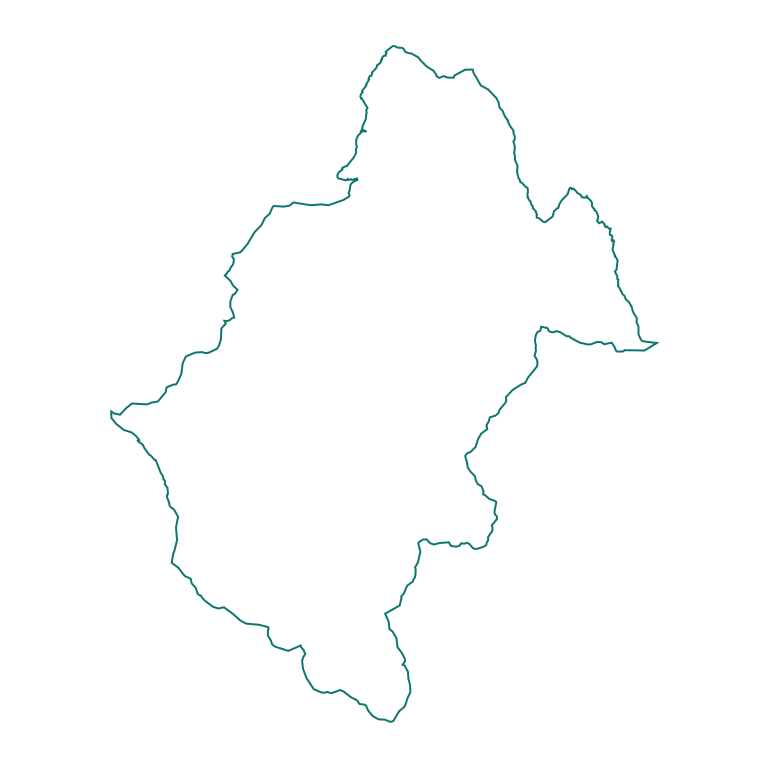 outline of Tulghes, Harghita, Romania
{"feature_id": "2599482B18577768753782", "entity_name": "Tulghes", "entity_type": "district", "adm_level": 2, "iso_a3": "ROU", "parent_name": "Romania", "parent_adm1": "Harghita", "projection": "mercator", "projection_center": [25.75, 46.909], "detail": "fine", "context": "isolated", "style": "outline", "palette": "teal", "viewbox_px": 768, "rotation_deg": 0, "n_neighbors": 0, "source": "geoboundaries", "source_scale": "gbopen_adm2", "svg_char_len": 6073}
<svg xmlns="http://www.w3.org/2000/svg" viewBox="0 0 768 768"><path d="M484.0,546.6L486.3,544.9L486.7,542.6L488.1,540.4L488.1,536.9L492.3,531.0L492.5,527.5L491.7,525.4L496.9,519.1L497.0,516.8L494.7,513.9L494.5,511.5L496.3,502.1L494.9,500.9L489.4,499.0L484.8,494.9L483.1,494.4L483.5,491.0L481.4,486.2L477.7,484.1L475.8,480.4L474.8,476.0L470.2,471.4L467.6,466.9L467.1,462.8L465.2,456.0L466.8,453.6L470.8,451.7L475.5,447.0L478.0,439.3L481.1,433.7L487.3,429.1L486.5,425.1L488.7,421.6L489.8,417.4L495.4,415.6L498.4,413.3L499.6,409.7L505.3,402.9L506.3,401.0L505.9,397.2L512.7,389.9L520.9,384.7L525.3,382.8L527.8,377.9L536.8,366.6L537.5,364.2L537.3,361.5L536.6,358.9L534.5,356.0L536.0,350.6L535.6,348.1L535.9,345.3L534.9,341.2L535.8,335.2L537.6,331.9L540.3,330.7L541.2,326.7L547.0,328.0L547.9,328.5L548.5,330.7L550.2,331.8L552.5,332.3L557.0,331.2L560.1,332.1L566.5,336.2L569.4,336.3L570.8,337.8L579.8,342.7L588.1,344.5L590.5,344.4L597.0,342.0L600.9,342.1L604.4,344.2L611.7,342.7L614.6,347.1L616.0,350.8L617.3,351.6L623.2,351.4L624.6,350.2L644.6,350.5L656.8,343.0L643.7,341.4L641.6,340.5L640.6,339.0L638.5,334.3L638.5,326.6L636.5,322.0L636.9,319.3L636.4,317.3L634.0,313.8L632.5,310.4L631.7,306.9L629.3,302.6L625.6,299.0L624.8,296.3L621.9,293.4L621.6,291.5L620.8,291.0L619.9,288.6L617.9,286.0L618.4,284.3L617.9,281.9L618.4,279.6L617.3,279.0L617.2,276.3L614.9,271.5L616.5,269.6L617.6,260.4L616.2,257.6L614.9,256.7L615.2,255.3L614.4,254.6L612.5,249.2L613.5,245.2L613.1,243.8L614.2,241.6L613.7,240.4L611.8,240.9L611.6,239.6L612.2,238.6L612.2,236.4L611.8,235.3L610.0,234.9L609.8,234.2L609.8,231.9L610.3,231.3L610.0,230.0L610.7,228.7L608.9,228.4L607.0,226.5L606.0,227.2L604.5,225.7L604.6,224.3L602.2,221.6L599.3,223.2L597.7,221.7L597.0,220.7L597.6,220.0L598.2,216.8L597.3,213.5L595.8,210.9L594.3,210.0L594.4,208.8L592.6,207.4L591.9,205.4L592.0,202.9L590.9,200.8L587.9,198.0L586.8,196.0L585.8,197.7L582.0,197.3L580.5,194.8L577.8,193.2L573.7,188.7L571.8,189.2L571.1,187.8L569.5,188.3L567.6,194.3L561.8,200.2L559.6,203.7L558.3,208.0L557.1,208.3L553.9,211.4L552.9,215.9L552.0,217.1L545.1,222.2L542.8,221.6L539.8,218.7L536.8,217.6L536.6,215.6L537.1,214.6L536.0,212.6L536.2,211.9L532.6,207.7L532.7,206.1L531.2,204.3L530.5,201.3L529.6,200.7L527.5,197.2L528.0,196.7L527.3,195.1L527.9,192.0L527.7,188.2L524.7,186.0L522.4,183.2L520.2,182.0L520.2,180.9L518.5,177.9L517.0,171.6L517.6,166.0L515.0,160.0L514.9,155.8L514.2,153.7L514.9,147.0L513.4,141.3L514.5,140.1L514.9,138.1L514.5,135.5L513.4,133.1L513.5,130.7L509.9,125.7L507.7,121.0L508.0,120.5L505.0,116.6L502.4,110.5L499.6,107.9L498.7,102.7L496.5,98.2L488.3,89.6L480.8,85.4L473.6,72.9L472.7,69.6L465.2,69.7L455.6,74.8L454.1,76.0L453.8,77.6L448.1,77.7L443.4,76.1L439.4,77.9L436.2,75.9L436.3,74.7L433.5,70.7L427.0,66.8L420.2,60.0L418.5,57.5L411.3,53.4L409.1,53.3L405.3,51.9L403.9,49.3L402.2,47.9L397.5,47.6L395.0,46.2L392.6,46.1L385.7,51.8L386.4,53.5L385.7,54.1L385.6,55.7L384.2,55.7L382.7,56.9L381.7,58.7L382.1,59.2L381.1,60.1L381.4,60.7L380.2,63.1L377.1,65.2L377.1,66.3L375.7,68.7L372.1,72.3L371.8,74.7L371.0,76.0L369.6,76.2L368.5,79.1L369.1,79.7L366.2,84.2L366.4,85.4L362.0,91.1L362.6,92.4L361.6,93.2L360.3,96.1L361.0,98.5L361.9,98.5L367.5,108.1L366.2,110.2L366.7,113.1L366.1,114.7L365.9,118.8L362.7,126.0L362.0,129.4L366.6,131.6L360.9,131.1L360.6,131.7L361.1,132.6L358.2,135.3L356.3,139.6L356.1,144.3L356.9,146.8L356.0,149.0L356.1,153.0L354.2,156.8L346.9,166.1L344.6,166.6L342.0,168.3L342.4,169.6L338.7,172.3L337.4,175.1L337.3,176.8L338.0,178.2L345.7,180.4L347.8,179.0L348.1,180.0L351.2,179.2L352.0,179.9L357.0,178.5L357.3,179.9L353.0,182.1L350.5,184.5L349.6,190.6L348.6,192.7L349.6,195.4L348.8,196.7L343.4,200.0L328.5,205.2L321.3,204.4L310.8,205.2L293.4,202.5L289.4,205.7L284.0,206.6L273.6,206.0L272.2,207.9L269.8,213.6L264.8,218.1L261.4,225.2L254.6,232.1L247.6,243.8L241.8,250.9L240.2,252.3L232.7,254.0L232.2,256.6L233.9,259.3L233.3,264.0L230.5,267.9L229.5,270.6L227.5,271.9L226.4,274.1L224.8,275.5L230.7,281.2L232.8,285.2L237.5,289.8L234.6,294.3L232.8,294.7L230.4,301.4L230.3,307.1L232.7,311.8L234.3,317.5L232.5,317.9L229.6,320.2L227.5,321.0L224.4,320.8L225.8,323.6L221.4,328.4L220.9,339.4L219.1,345.3L216.9,348.8L209.0,352.6L205.5,353.2L202.1,352.1L195.1,352.6L185.8,356.5L182.7,363.3L181.3,374.1L177.3,382.7L175.9,384.4L173.0,384.7L166.6,387.4L165.6,392.2L157.9,401.5L151.6,402.6L147.0,404.4L132.1,403.5L126.6,407.7L120.0,414.7L114.2,413.4L111.2,411.5L111.5,418.2L116.4,424.0L123.7,429.9L131.8,432.5L135.9,435.9L139.2,440.0L137.8,440.6L138.2,441.4L142.8,444.8L144.6,448.5L149.2,454.6L151.3,456.1L154.8,460.1L155.8,460.1L160.6,472.6L163.0,476.2L163.4,479.0L164.9,480.9L164.9,484.5L167.5,487.8L167.9,493.4L167.9,494.3L167.0,495.1L166.9,497.2L168.9,501.8L169.6,505.6L171.0,507.4L174.0,509.5L178.1,516.8L176.0,527.3L177.1,540.2L174.2,551.5L173.2,553.8L171.7,562.8L178.3,567.7L184.6,575.9L190.7,578.8L191.7,583.4L195.7,587.8L197.7,594.1L201.2,596.0L202.1,597.8L205.3,601.0L212.8,606.7L218.3,608.5L223.9,607.3L232.8,613.8L240.4,620.6L246.1,623.6L259.2,624.8L268.1,627.1L268.6,628.4L267.9,631.0L267.9,635.5L270.9,640.6L272.2,644.5L275.0,646.6L288.3,650.9L300.7,645.5L301.3,647.5L303.6,650.0L305.2,654.1L303.3,657.1L302.1,660.5L303.0,668.8L306.5,678.1L313.7,689.1L321.3,692.5L325.0,692.7L327.0,691.9L331.4,693.2L340.3,690.0L344.2,691.9L350.6,697.0L357.3,700.5L359.5,704.0L363.8,704.5L366.1,705.7L368.1,710.4L372.7,716.1L378.5,719.3L384.8,719.7L390.7,721.9L393.3,721.0L399.2,711.1L403.8,707.4L405.3,705.2L407.4,698.4L410.4,692.2L410.0,684.7L408.4,678.7L407.9,671.7L404.7,665.6L402.6,664.8L405.0,661.3L405.1,659.5L402.2,653.5L397.5,647.2L396.4,638.1L392.7,631.7L389.4,628.9L388.6,621.5L385.1,613.7L399.7,605.5L401.4,598.2L401.2,596.6L403.8,593.5L407.2,585.7L413.1,581.3L413.3,579.6L414.8,577.7L415.4,575.3L415.7,569.6L415.1,567.3L418.0,562.2L420.0,553.5L420.3,551.2L418.3,543.6L419.1,542.0L423.1,539.5L426.6,539.4L430.1,543.2L434.0,544.5L439.7,543.0L448.8,542.3L450.8,545.8L455.6,546.7L459.3,545.9L461.2,543.3L464.1,543.7L467.1,542.9L469.2,543.8L473.1,548.3L474.1,548.7L477.0,548.9L484.0,546.6Z" fill="none" stroke="#0f766e" stroke-width="2"/></svg>